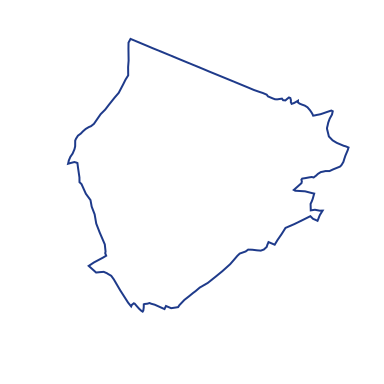 Baquba, Diyala, Iraq, rotated 203°
{"feature_id": "34846034B22760566253423", "entity_name": "Baquba", "entity_type": "district", "adm_level": 2, "iso_a3": "IRQ", "parent_name": "Iraq", "parent_adm1": "Diyala", "projection": "natural_earth1", "projection_center": [44.628, 33.645], "detail": "fine", "context": "isolated", "style": "outline", "palette": "blue", "viewbox_px": 384, "rotation_deg": 203, "n_neighbors": 0, "source": "geoboundaries", "source_scale": "gbopen_adm2", "svg_char_len": 2846}
<svg xmlns="http://www.w3.org/2000/svg" viewBox="0 0 384 384"><g transform="rotate(203 192 192)"><path d="M92.4,302.9L92.7,303.6L92.9,304.5L93.1,305.9L93.7,309.1L93.8,311.0L93.9,313.4L93.4,318.0L94.0,321.3L95.6,321.4L96.5,320.6L99.0,318.4L102.2,315.5L103.1,314.7L104.0,313.9L105.7,312.7L107.1,311.8L108.6,310.7L110.3,309.6L111.8,311.0L113.2,312.0L115.2,313.3L118.8,315.1L122.0,315.6L125.2,315.4L127.6,315.4L129.5,315.9L130.1,317.4L130.6,316.7L132.9,313.7L134.7,312.1L136.2,313.4L136.8,315.2L137.5,316.0L138.2,316.9L139.7,316.9L140.2,316.0L141.1,314.3L141.8,312.8L144.0,312.1L145.7,313.1L149.7,310.6L151.8,309.8L154.2,309.7L158.9,309.7L159.4,309.7L161.3,310.8L165.5,310.8L169.0,310.5L174.9,310.1L181.0,310.1L190.1,310.0L200.3,309.9L208.4,309.8L216.1,309.7L223.3,309.6L230.0,309.6L246.9,309.4L257.4,309.3L270.5,309.2L284.6,309.0L290.6,309.0L308.4,308.9L308.8,304.7L306.5,299.1L301.7,288.2L299.6,282.0L296.3,274.4L297.1,269.5L297.4,264.5L298.2,254.6L300.1,248.7L302.5,240.1L304.1,233.9L306.5,228.0L308.9,216.4L310.7,213.1L312.3,211.5L314.5,208.5L316.1,205.2L317.2,202.3L319.0,199.3L319.6,195.7L319.6,193.7L317.4,188.4L316.9,185.4L316.9,180.8L317.7,176.9L317.7,172.9L317.2,170.3L317.1,169.6L315.0,171.3L312.0,173.6L309.9,173.9L308.8,173.9L306.7,170.3L301.3,161.4L299.4,157.1L296.8,156.1L289.0,148.9L282.3,144.9L278.6,139.3L272.9,133.4L267.8,125.5L261.1,118.6L251.8,109.7L248.3,103.4L248.1,102.4L248.0,101.8L246.1,99.8L248.3,96.8L254.7,88.9L258.2,83.6L255.5,82.7L248.8,80.4L245.9,82.0L242.1,84.0L238.6,84.0L237.6,83.8L233.6,83.3L229.8,81.0L219.6,73.4L207.6,65.2L203.3,62.9L203.3,64.6L202.7,65.6L202.1,66.8L201.1,66.8L198.1,65.3L194.9,63.8L192.1,62.8L190.7,62.6L190.5,63.8L191.3,66.8L192.5,69.8L191.7,70.5L189.5,71.7L187.7,73.2L185.9,73.2L182.3,73.7L171.6,73.5L171.4,76.9L169.2,76.9L165.8,76.9L162.2,79.1L159.8,80.6L159.4,82.9L158.0,86.6L156.8,89.8L153.8,95.2L151.6,99.4L150.0,102.1L147.5,107.1L142.6,113.6L142.1,114.2L137.1,123.4L133.1,131.0L128.7,140.4L126.9,145.9L125.3,151.0L124.0,154.0L119.4,158.2L117.8,160.9L114.0,162.4L109.4,163.7L105.8,164.9L103.4,167.1L101.8,170.6L102.0,172.8L102.0,175.8L101.0,175.8L95.3,175.8L94.5,181.4L93.1,188.1L91.9,195.5L85.3,202.4L78.8,209.9L73.6,216.0L70.1,214.6L67.2,214.6L65.2,214.5L65.2,216.2L65.3,219.2L65.3,220.8L64.5,225.9L67.2,224.7L69.5,224.2L71.9,223.7L73.7,222.6L75.5,221.5L78.2,227.4L78.1,230.0L78.2,232.8L78.9,238.3L81.0,237.9L83.6,237.5L88.2,236.8L97.5,233.5L99.1,233.7L94.7,242.9L95.0,244.6L96.1,246.1L95.8,247.4L93.2,249.0L89.6,251.4L87.6,252.6L85.7,252.9L84.7,254.7L84.3,255.3L83.1,258.0L82.6,258.7L81.2,260.7L79.7,261.7L77.2,263.5L73.6,265.0L71.0,267.9L65.7,273.2L65.2,274.4L64.9,275.3L64.4,278.8L64.7,281.6L65.0,285.4L65.0,288.2L65.0,291.3L65.3,294.1L68.4,294.1L70.4,293.8L74.6,293.8L78.0,293.8L82.8,294.5L83.7,294.9L87.7,296.6L92.4,302.9Z" fill="none" stroke="#1e3a8a" stroke-width="2"/></g></svg>